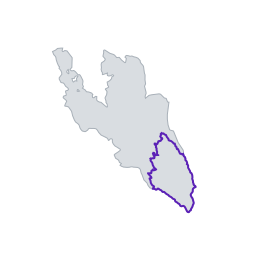 Kyrgyzstan, with Ysyk-Köl highlighted, rotated 65°
{"feature_id": "KGZ-1117", "entity_name": "Ysyk-Köl", "entity_type": "Region", "adm_level": 1, "iso_a3": "KGZ", "parent_name": "Kyrgyzstan", "parent_adm1": "", "projection": "albers", "projection_center": [77.293, 42.048], "detail": "fine", "context": "in_parent", "style": "outline", "palette": "violet", "viewbox_px": 256, "rotation_deg": 65, "n_neighbors": 0, "source": "natural_earth", "source_scale": "10m", "svg_char_len": 8142}
<svg xmlns="http://www.w3.org/2000/svg" viewBox="0 0 256 256"><g transform="rotate(65 128 128)"><path d="M59.1,149.5L59.8,149.1L61.7,148.9L65.6,148.8L66.9,149.2L69.5,150.9L71.5,150.9L71.9,151.1L72.6,152.5L75.5,150.7L77.6,150.3L78.8,148.3L81.1,146.1L83.0,145.8L83.0,146.2L83.4,146.6L85.3,147.2L85.9,146.7L86.2,145.8L85.6,144.4L85.7,143.8L86.3,143.0L89.3,144.5L90.0,144.5L91.4,143.8L92.7,142.6L93.3,141.6L99.7,138.7L100.1,138.1L100.1,137.7L97.5,136.8L96.3,137.1L95.2,137.1L94.6,136.6L91.4,136.2L90.7,135.8L88.8,133.3L86.3,131.7L85.0,131.7L83.5,132.2L83.0,131.9L83.0,129.7L82.8,128.3L81.9,128.0L80.8,128.4L77.6,127.5L77.4,124.6L76.4,122.1L74.8,121.0L74.8,119.5L74.3,118.8L73.8,119.0L73.1,119.7L73.3,121.4L72.9,123.0L72.5,123.8L71.7,124.4L70.9,124.3L69.5,123.4L69.0,128.3L68.7,128.6L67.0,127.8L65.6,128.0L63.6,127.6L62.1,126.6L59.1,125.5L57.8,124.5L57.2,121.1L56.4,119.8L55.7,119.5L52.4,120.4L49.3,118.1L47.7,117.5L47.3,116.9L47.5,116.1L52.7,112.8L54.9,110.4L56.2,109.4L59.4,108.5L60.2,106.2L60.5,106.0L63.8,105.1L67.4,103.3L67.6,102.7L67.2,102.2L64.2,100.1L62.5,100.8L61.7,99.6L61.7,98.5L63.0,96.7L63.9,95.8L64.4,94.0L65.8,92.8L67.2,91.0L68.9,89.5L72.0,88.5L73.6,89.0L75.1,88.8L77.6,88.0L79.0,88.0L85.1,89.9L87.1,90.1L91.7,92.3L95.4,93.4L97.2,95.4L103.1,96.5L104.7,97.2L105.3,98.1L106.9,99.3L108.4,99.6L107.3,95.1L107.9,92.5L110.2,85.3L111.2,84.2L116.1,82.4L117.3,80.9L120.8,81.1L121.5,80.8L121.9,80.0L132.5,86.7L136.6,88.6L142.2,90.4L147.0,91.0L147.8,90.6L149.8,88.2L150.7,88.1L162.5,88.7L171.1,87.4L172.3,87.5L175.5,88.9L185.5,89.3L189.5,90.2L195.7,89.8L198.4,89.9L203.2,91.6L204.8,92.0L208.0,92.2L209.2,91.9L209.8,92.3L210.6,94.5L213.6,97.3L214.7,98.9L215.8,99.5L221.4,99.8L223.6,100.3L228.9,105.6L229.7,108.7L229.2,109.4L223.7,110.0L222.4,110.5L221.2,112.9L213.8,115.9L212.7,115.9L202.8,121.5L196.0,126.2L195.7,128.4L191.7,133.4L188.6,134.1L186.0,134.0L181.8,135.5L176.3,135.0L174.4,135.1L170.9,134.4L169.4,134.7L167.9,135.8L165.7,139.7L164.9,140.7L164.5,141.6L164.1,143.5L163.3,145.5L161.5,148.6L159.9,150.1L158.4,151.0L157.4,149.0L155.5,150.3L153.7,150.1L152.6,150.4L150.2,152.0L146.6,151.9L146.2,151.3L145.5,146.8L145.0,144.6L144.5,144.1L143.8,144.1L138.6,147.5L136.2,148.1L134.2,148.1L131.7,147.0L131.1,147.3L130.6,147.8L130.4,148.5L131.1,150.6L130.9,151.0L129.7,150.9L128.1,151.3L123.0,155.4L119.8,156.4L116.9,156.7L115.1,157.4L114.1,158.9L112.0,163.2L112.0,164.1L112.8,165.3L113.3,167.9L113.1,168.6L111.4,170.7L109.4,171.3L107.8,171.5L104.8,171.1L103.2,171.5L100.3,173.0L97.9,173.2L93.5,173.0L89.1,172.1L87.7,172.3L83.8,173.0L82.4,174.5L81.6,175.8L81.2,176.0L79.7,174.6L77.9,172.3L76.9,172.3L73.3,173.9L72.8,173.8L71.9,173.0L72.2,170.2L71.1,169.6L68.7,169.3L68.0,168.6L68.4,166.8L68.1,166.1L67.6,165.5L66.3,165.6L63.8,166.9L60.8,167.2L59.8,167.7L58.5,169.5L54.7,169.7L53.4,169.1L51.4,165.3L49.4,164.6L47.4,164.6L44.6,165.3L44.0,164.4L43.3,164.2L42.6,164.7L39.2,164.6L35.8,164.2L33.8,163.6L32.6,163.5L30.0,164.3L26.8,164.1L26.8,160.7L26.1,158.3L27.4,154.6L28.0,153.4L30.2,155.1L31.1,154.9L31.3,154.2L31.1,152.5L32.4,150.7L40.7,148.9L49.4,153.3L50.4,155.8L51.2,155.8L52.5,154.8L53.0,152.8L54.9,151.8L58.8,150.7L59.1,149.5ZM63.1,158.2L63.3,157.9L62.8,156.0L63.8,154.5L62.0,154.0L61.1,153.5L60.2,151.7L59.9,151.6L59.3,152.1L58.9,153.1L59.1,154.3L60.3,155.6L59.5,157.9L62.2,158.3L63.1,158.2ZM53.6,159.1L53.6,158.6L53.0,158.3L49.7,157.4L49.7,157.9L50.9,159.7L51.9,159.9L53.6,159.1ZM73.9,157.5L74.1,156.4L72.1,157.0L71.8,157.5L72.5,158.2L73.3,158.5L73.9,157.5Z" fill="#d9dde1" stroke="#a8b0b8" stroke-width="1"/><path d="M228.9,105.6L229.1,105.9L229.1,106.7L229.2,107.1L229.5,107.5L229.7,107.8L229.9,108.1L229.9,108.6L229.4,109.3L228.6,109.7L224.0,109.8L223.1,110.0L222.5,110.3L222.2,110.6L221.9,110.9L221.8,111.4L221.6,112.3L221.5,112.7L220.8,113.4L220.0,113.5L219.2,113.5L218.4,113.7L217.4,114.5L216.2,115.0L214.8,116.0L214.5,116.1L214.0,116.1L212.9,115.8L212.5,115.9L212.2,116.1L211.3,117.0L210.9,117.3L210.6,117.4L209.7,117.7L209.0,118.0L207.0,119.5L205.9,119.7L205.6,119.9L204.0,121.1L201.5,122.1L201.3,122.2L201.1,122.4L200.9,122.7L200.8,123.3L200.6,123.6L200.0,123.9L198.6,124.2L197.0,125.5L196.2,125.8L195.9,126.1L195.6,126.4L195.5,126.9L195.9,127.8L195.9,128.3L195.8,128.7L195.4,129.0L194.7,129.4L194.4,129.7L194.0,130.4L193.6,131.1L193.2,130.8L193.0,130.6L192.9,130.3L192.8,130.0L192.6,129.6L192.5,129.4L192.4,129.3L192.2,129.2L191.9,129.2L191.7,129.2L191.5,129.3L191.1,129.5L190.9,129.8L190.1,130.2L189.6,130.3L188.7,130.4L187.4,130.5L185.0,129.8L183.3,129.9L183.1,129.8L182.9,129.8L182.8,129.7L182.8,129.4L182.8,129.2L182.9,128.9L183.1,128.3L183.1,128.2L183.1,127.9L182.9,127.8L182.6,127.7L182.0,127.7L181.8,127.7L181.2,128.0L178.2,128.9L177.6,129.0L177.5,128.9L177.6,128.7L177.9,128.4L178.0,128.2L178.3,127.3L178.3,127.0L178.3,126.9L178.7,126.3L178.7,126.2L178.6,125.9L177.9,125.4L176.9,125.0L176.7,124.7L176.6,124.0L176.5,123.7L176.4,123.5L176.3,123.2L176.5,123.2L176.8,123.2L177.0,123.1L177.3,122.2L177.4,121.6L177.5,120.6L177.4,120.1L177.2,120.1L176.9,120.3L176.6,120.5L176.0,120.6L175.8,120.7L175.6,120.9L175.5,121.0L175.2,121.1L171.8,121.2L170.7,120.9L169.5,120.8L169.2,120.8L168.4,121.1L168.1,121.2L167.6,121.3L166.7,121.2L166.4,120.9L166.3,120.7L166.2,120.6L165.8,120.5L165.5,120.7L165.2,120.7L165.1,120.3L165.4,119.9L165.6,119.5L165.7,119.2L165.8,118.7L165.9,118.4L165.9,118.2L166.2,117.8L166.3,117.6L166.4,117.2L166.4,116.9L166.2,116.7L165.9,116.5L165.4,116.2L165.1,116.1L164.9,116.1L164.5,116.3L164.1,116.4L161.7,116.2L161.5,115.9L161.2,115.5L161.5,115.0L161.7,114.8L161.9,114.7L162.1,114.7L162.5,114.7L163.6,114.7L164.2,114.7L164.3,114.6L164.4,114.1L164.5,113.9L164.6,113.3L165.0,112.5L164.9,112.5L164.9,112.4L164.7,112.5L164.3,112.7L164.2,112.7L163.8,112.6L163.2,112.4L161.7,111.6L160.1,111.5L160.0,111.4L159.5,111.2L159.1,110.9L158.4,110.7L158.2,110.7L157.6,110.9L157.4,110.9L157.2,110.8L156.9,110.7L156.5,110.3L156.3,110.2L156.1,110.1L155.5,110.3L154.1,110.7L153.8,110.7L153.6,110.6L153.4,110.4L153.5,110.1L153.6,109.9L154.0,109.7L154.4,109.4L154.6,109.2L154.8,108.7L154.8,108.3L154.8,108.1L154.6,107.8L154.5,107.7L154.3,107.6L153.7,107.1L153.5,106.8L153.5,106.5L153.5,106.3L153.4,106.2L153.1,106.1L152.9,106.0L152.9,105.9L152.9,105.7L153.0,105.1L153.4,104.1L153.4,103.8L153.3,103.6L153.2,103.4L153.0,103.1L152.7,102.9L152.6,102.7L152.6,102.4L152.6,102.0L152.5,101.8L152.3,101.6L152.2,101.5L151.7,101.4L151.4,101.5L151.3,101.8L151.2,101.9L151.1,102.0L150.9,102.2L150.7,102.2L149.4,102.3L149.2,102.3L149.1,102.2L148.8,101.5L148.7,101.4L148.0,101.1L147.9,101.0L147.8,100.9L147.7,100.9L147.2,100.8L147.1,100.7L146.9,99.8L146.8,99.6L147.5,99.2L147.8,99.0L147.8,98.7L147.9,98.3L147.9,98.2L148.0,98.1L148.3,98.1L148.5,98.0L148.7,97.9L149.1,97.6L149.4,97.4L149.8,97.2L150.0,97.1L150.3,96.6L150.7,96.5L152.0,96.6L152.4,96.6L154.9,96.0L155.3,96.0L155.6,96.2L155.8,96.3L156.0,96.3L156.4,96.2L156.8,95.9L157.9,94.6L158.3,94.3L158.7,94.1L159.9,93.5L161.3,93.2L161.5,93.1L161.8,92.3L161.9,92.2L162.1,92.2L163.4,92.5L163.8,92.4L164.4,92.7L164.6,92.7L164.8,92.6L165.8,92.1L166.1,92.1L166.9,92.5L167.5,92.5L167.8,92.5L167.9,92.3L167.9,92.2L168.0,92.0L168.0,91.9L168.1,91.7L168.5,91.6L172.6,91.7L173.0,91.6L173.5,91.5L173.6,91.3L173.7,91.2L173.8,90.8L173.9,90.6L174.4,90.1L174.5,89.9L174.9,90.0L175.0,90.0L175.2,89.8L175.2,89.6L175.0,89.0L175.4,89.0L177.1,89.3L177.7,89.1L178.4,88.7L178.7,88.7L179.0,88.7L179.5,88.9L180.2,88.9L180.5,89.1L180.8,89.3L181.2,89.5L181.5,89.5L182.4,89.1L182.8,89.0L184.0,89.0L185.2,89.3L185.3,89.4L185.3,89.6L185.5,89.7L185.7,89.9L186.1,89.7L186.4,89.5L186.6,89.4L187.0,89.4L187.4,89.4L187.8,89.5L188.8,90.1L189.6,90.3L191.5,90.1L192.3,90.1L193.1,90.0L193.5,90.0L194.2,90.3L194.6,90.3L194.9,90.2L195.5,89.8L195.9,89.6L196.7,89.6L197.9,89.7L199.6,90.3L200.4,90.7L201.0,91.2L201.3,91.3L203.5,91.5L204.9,92.1L206.1,92.1L206.8,92.4L207.5,92.4L208.8,91.7L209.5,91.5L210.0,91.6L210.1,91.9L210.0,92.8L210.1,93.4L210.2,93.9L210.4,94.3L210.6,94.8L211.3,95.4L212.7,96.0L213.3,96.6L214.2,98.5L214.7,99.2L215.6,99.6L217.3,99.6L218.7,99.3L219.5,99.3L223.5,100.0L224.3,100.5L224.5,100.8L225.3,101.8L226.5,102.8L227.1,103.6L227.6,104.4L228.1,105.1L228.9,105.6Z" fill="none" stroke="#5b21b6" stroke-width="2"/></g></svg>